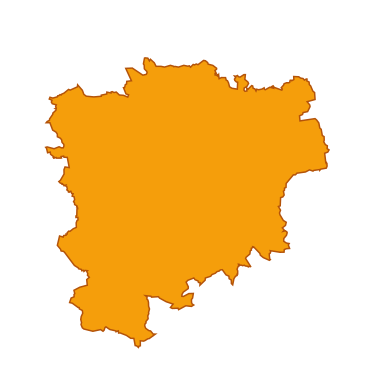 San Juan de los Lagos, Jalisco, Mexico, rotated 258°
{"feature_id": "50627088B93334545972331", "entity_name": "San Juan de los Lagos", "entity_type": "district", "adm_level": 2, "iso_a3": "MEX", "parent_name": "Mexico", "parent_adm1": "Jalisco", "projection": "natural_earth1", "projection_center": [-102.298, 21.254], "detail": "fine", "context": "isolated", "style": "filled", "palette": "amber", "viewbox_px": 384, "rotation_deg": 258, "n_neighbors": 0, "source": "geoboundaries", "source_scale": "gbopen_adm2", "svg_char_len": 5926}
<svg xmlns="http://www.w3.org/2000/svg" viewBox="0 0 384 384"><g transform="rotate(258 192 192)"><path d="M109.3,49.3L108.1,51.8L102.7,56.6L102.4,57.6L101.1,57.5L98.9,60.1L96.1,59.9L93.3,57.8L90.5,56.7L87.2,56.8L85.4,55.9L82.0,56.5L80.5,57.7L76.4,66.1L76.4,74.0L74.3,76.0L75.1,77.3L77.5,78.7L78.0,79.8L74.6,83.0L72.0,88.6L71.1,88.6L71.5,91.0L69.3,90.9L69.1,92.4L65.5,97.9L61.6,101.7L60.9,104.7L53.6,104.5L53.1,105.8L51.1,107.3L52.2,108.0L52.3,109.5L57.2,110.5L56.2,113.7L56.5,115.3L57.6,118.3L57.5,119.6L60.6,126.6L61.1,124.5L64.7,122.6L65.4,121.0L68.2,118.4L70.8,117.9L72.6,118.5L73.5,119.8L74.9,120.0L77.1,122.7L80.1,123.0L81.9,124.4L83.3,124.5L86.4,126.1L89.3,125.8L93.2,126.5L95.5,126.4L96.7,125.6L98.7,126.2L100.3,124.9L98.6,130.2L97.6,130.5L96.6,137.3L94.9,138.3L90.0,144.0L86.3,150.2L83.5,146.9L82.2,148.5L81.2,154.2L79.7,154.4L82.0,162.3L80.2,167.7L81.1,170.2L82.5,168.8L84.1,168.6L86.9,169.1L88.1,170.5L92.5,172.2L93.3,167.8L91.6,161.9L92.1,160.4L93.9,160.9L95.9,162.7L98.3,168.2L100.0,168.7L105.1,167.5L106.5,169.6L107.5,175.9L105.5,176.8L103.8,179.4L102.2,179.5L101.7,181.1L99.2,180.4L103.0,186.5L105.1,187.2L105.7,192.8L107.1,194.3L107.7,197.9L108.9,199.9L109.1,202.4L109.9,203.5L109.7,205.5L103.9,208.0L102.0,210.6L99.5,210.3L97.8,212.1L94.3,211.5L92.7,212.5L98.5,215.0L100.5,217.0L101.0,218.8L102.2,218.9L102.2,219.6L105.3,220.3L107.1,220.0L109.7,221.7L109.8,222.5L111.7,222.4L111.3,223.3L110.5,223.2L110.2,225.1L109.4,226.2L109.5,227.9L108.6,228.7L107.6,231.4L107.0,231.5L107.3,233.4L106.3,234.1L115.8,230.6L116.9,231.3L119.3,235.7L122.5,236.8L122.8,238.0L124.6,238.3L125.0,240.0L125.9,240.0L125.5,240.9L117.9,245.6L116.0,245.7L113.0,248.1L109.1,253.5L109.6,254.6L110.5,254.1L114.2,254.5L115.6,254.8L115.9,255.8L117.3,256.6L118.3,256.4L114.8,265.5L114.0,269.5L116.5,270.3L116.9,272.4L116.5,275.7L120.2,275.2L121.4,276.3L122.4,273.8L124.7,271.5L127.4,272.1L130.0,275.4L132.3,276.6L133.1,276.6L134.7,275.2L134.6,273.1L135.5,274.3L138.1,272.9L139.9,276.5L142.8,277.9L145.2,275.4L151.4,273.3L153.3,273.2L155.8,274.8L159.9,273.5L160.1,275.4L168.1,277.5L168.3,279.8L169.9,281.5L173.8,281.6L174.5,282.8L176.6,283.3L176.9,284.9L180.8,285.9L187.7,294.7L187.3,296.8L188.6,298.5L188.0,307.2L189.2,311.5L187.3,314.7L187.8,315.7L187.4,321.6L186.7,321.5L187.6,322.8L187.4,328.3L189.2,329.5L191.9,329.9L192.0,329.2L193.1,329.5L193.2,329.0L202.3,329.8L202.8,333.1L204.7,334.8L206.3,333.2L209.1,334.0L210.6,332.3L213.7,331.3L215.2,332.1L218.7,332.7L220.2,331.2L226.5,331.4L228.0,330.3L233.2,330.4L236.5,328.9L238.2,327.6L239.1,312.4L244.2,313.0L244.8,316.2L246.6,317.2L246.6,321.8L250.9,325.2L252.6,325.3L256.4,323.4L256.9,331.6L263.8,332.6L265.5,331.2L271.1,330.1L272.7,329.1L275.2,329.4L276.9,327.4L278.5,328.0L278.8,327.3L278.1,325.2L279.9,324.2L280.9,321.8L282.5,320.4L283.8,315.5L280.8,315.0L280.1,312.7L280.8,312.2L280.8,311.2L279.0,310.4L278.7,309.4L279.2,307.2L278.8,304.6L277.5,303.8L275.5,301.0L274.0,301.7L273.0,301.0L277.2,294.2L279.0,293.4L278.5,291.8L276.9,292.7L278.3,289.8L276.8,285.0L277.3,284.2L278.9,284.2L278.1,281.7L278.2,278.3L279.1,276.6L277.5,275.6L279.9,274.9L280.7,273.4L283.1,273.4L283.7,272.5L280.9,268.2L282.2,267.2L279.4,266.7L279.5,264.7L280.8,264.0L282.9,264.7L283.8,267.6L286.4,269.9L288.1,269.5L291.1,267.1L295.7,268.6L296.0,267.2L294.4,262.9L295.1,261.4L296.5,260.7L296.1,259.0L296.6,257.7L294.8,258.5L293.6,257.0L292.2,257.1L290.4,258.3L289.9,259.5L283.2,257.7L285.2,252.6L287.1,250.6L291.2,250.4L293.5,249.8L294.3,248.7L296.9,248.6L297.8,244.6L297.2,242.1L301.0,242.4L299.8,241.5L300.8,240.6L301.4,241.5L301.6,239.0L303.2,239.2L303.1,240.4L306.1,239.7L306.9,241.5L307.9,241.8L311.5,238.7L313.7,234.4L315.4,234.2L317.6,232.4L318.3,230.7L315.3,224.3L316.3,222.8L315.8,220.8L316.5,219.7L314.4,216.5L316.0,215.6L315.9,214.1L317.6,210.3L317.0,204.7L318.4,201.4L318.3,200.3L318.9,200.0L320.4,197.2L319.9,191.1L321.4,187.7L322.4,183.0L326.2,182.0L330.5,178.9L329.1,177.6L332.1,176.6L332.9,174.2L332.9,173.4L327.4,171.1L326.0,171.6L322.4,171.0L319.4,172.8L318.1,172.9L316.6,171.8L316.5,168.2L325.6,159.4L326.7,152.9L313.4,155.9L313.8,151.2L311.2,150.4L310.9,149.1L308.2,147.8L308.3,146.7L301.7,147.8L300.2,150.2L298.2,148.9L300.8,145.1L302.0,141.1L305.5,138.7L305.5,136.4L306.7,134.9L306.7,133.7L305.7,133.4L307.4,129.5L305.6,129.0L305.6,123.4L304.5,123.2L305.4,115.8L307.7,108.5L310.0,106.5L314.3,105.9L320.6,102.4L318.7,101.8L317.0,94.0L318.0,92.6L315.3,87.3L314.8,84.8L314.1,84.1L314.7,83.2L313.9,81.6L314.0,80.6L313.1,80.0L312.8,75.4L314.2,72.8L312.6,71.7L310.8,74.1L309.2,73.1L307.4,73.7L305.4,77.4L304.1,76.4L302.5,76.7L302.1,75.7L301.8,76.5L300.2,75.8L298.1,72.3L297.0,72.0L293.1,67.9L291.7,67.4L291.1,65.0L290.1,63.8L289.3,67.4L281.5,68.6L279.0,71.3L276.8,72.3L274.0,71.8L272.2,74.2L270.3,75.3L267.5,75.2L265.3,76.5L263.6,76.3L262.0,75.3L262.3,73.5L263.9,71.4L263.0,66.1L266.2,59.7L266.1,58.2L264.9,58.8L260.4,58.9L260.5,61.6L258.3,61.5L255.2,64.1L254.8,63.4L253.8,63.8L254.0,66.3L253.3,66.5L252.4,70.9L252.4,71.4L253.9,71.3L253.8,73.9L252.6,74.0L251.8,77.2L241.4,77.0L242.9,73.0L240.4,71.4L236.2,70.6L230.8,65.7L229.9,63.9L228.1,65.0L227.2,66.8L226.6,66.5L225.9,67.9L224.8,68.1L224.9,69.6L224.5,69.1L223.6,70.6L220.9,70.7L220.1,70.0L218.5,71.3L217.8,71.1L217.3,71.7L217.9,73.6L215.4,74.1L215.0,75.3L212.9,73.9L211.8,75.7L208.9,75.6L207.1,74.1L206.0,74.8L204.1,74.6L202.5,76.5L201.3,76.1L201.2,76.7L200.2,76.8L199.4,76.7L199.5,76.0L192.9,74.4L192.7,73.5L191.2,73.2L190.9,75.1L188.4,74.7L188.0,73.6L185.9,72.3L181.4,71.5L180.8,68.3L178.9,64.5L179.4,63.4L178.2,61.5L176.9,61.2L177.1,60.0L175.9,59.8L176.1,57.4L174.7,56.6L176.5,53.3L167.8,49.2L163.4,51.5L161.5,51.7L160.7,53.9L159.5,54.8L144.6,61.7L141.4,65.0L140.5,65.1L139.2,67.8L137.9,67.8L137.9,69.7L136.8,69.8L137.5,71.2L136.8,73.3L136.3,72.5L133.7,73.1L132.4,72.4L129.9,73.8L128.2,70.8L122.6,70.2L122.2,62.5L120.4,56.1L116.9,56.2L116.3,55.3L114.0,54.9L113.4,51.7L109.3,49.3Z" fill="#f59e0b" stroke="#b45309" stroke-width="1.5"/></g></svg>